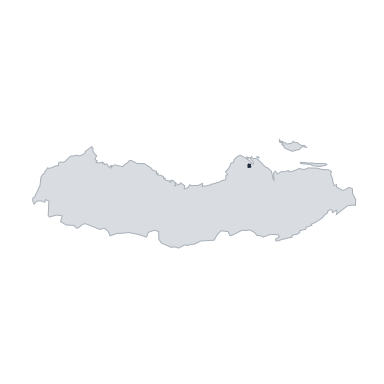 Upplands Väsby, Stockholm, Sweden (highlighted), rotated 255°
{"feature_id": "70781695B23311697219676", "entity_name": "Upplands Väsby", "entity_type": "district", "adm_level": 2, "iso_a3": "SWE", "parent_name": "Sweden", "parent_adm1": "Stockholm", "projection": "albers", "projection_center": [17.909, 59.524], "detail": "fine", "context": "in_parent", "style": "filled", "palette": "slate", "viewbox_px": 384, "rotation_deg": 255, "n_neighbors": 0, "source": "geoboundaries", "source_scale": "gbopen_adm2", "svg_char_len": 4365}
<svg xmlns="http://www.w3.org/2000/svg" viewBox="0 0 384 384"><g transform="rotate(255 192 192)"><path d="M125.3,261.6L126.0,264.6L128.1,264.4L129.1,262.3L130.7,256.2L130.0,249.1L132.0,246.9L133.5,243.2L136.3,242.3L140.3,238.2L141.0,233.6L142.1,230.4L139.9,220.0L139.9,217.4L144.5,216.5L147.0,209.9L144.2,205.3L139.7,200.8L142.4,188.0L141.0,180.8L141.6,177.9L141.6,173.3L142.9,171.5L141.3,164.7L143.8,160.3L143.7,157.9L150.7,149.1L155.0,147.7L162.5,149.6L164.6,146.1L164.8,144.1L164.3,139.4L160.2,136.4L165.3,128.4L169.3,120.4L170.4,112.6L171.4,109.3L170.9,101.5L175.6,100.9L179.9,97.9L179.5,93.7L188.8,81.1L189.2,78.8L188.6,76.6L186.6,72.6L187.2,70.8L189.6,69.8L190.8,68.1L192.6,62.0L197.4,57.4L202.6,60.5L204.8,55.2L204.7,47.8L206.5,47.0L220.3,51.4L222.5,48.6L220.2,47.2L222.4,44.1L223.0,42.3L223.2,40.1L223.0,39.0L221.1,36.3L225.3,35.8L227.7,37.0L227.9,38.6L237.6,46.9L245.2,49.8L247.5,52.1L248.4,54.8L249.6,54.9L251.2,57.3L252.7,58.6L251.7,60.5L252.0,64.6L252.5,66.4L252.1,69.9L254.6,70.6L255.2,72.7L254.0,74.9L254.4,77.3L258.2,84.2L257.5,86.7L257.5,89.7L256.2,92.0L256.1,94.3L256.6,97.2L257.2,98.5L258.8,99.4L261.8,107.0L259.4,107.7L257.4,106.8L253.0,108.2L252.0,109.4L248.4,106.6L246.5,108.5L245.1,107.0L244.2,109.6L244.1,113.1L242.5,112.9L243.2,114.2L241.0,114.8L240.9,115.4L241.4,116.2L240.8,117.3L237.8,117.9L237.4,119.0L238.4,120.3L238.4,121.2L236.4,120.0L237.8,122.5L238.2,124.3L234.3,131.8L235.8,133.6L237.2,137.7L238.5,139.5L238.1,141.5L233.8,146.3L231.6,153.5L226.0,158.5L223.1,159.7L221.2,163.2L218.9,162.2L218.9,164.1L217.4,163.0L216.3,166.0L214.2,168.5L211.9,168.1L211.7,168.6L212.4,169.3L209.8,170.0L209.0,172.6L207.1,173.3L206.7,174.2L208.7,174.3L208.3,176.5L206.1,177.6L205.3,178.9L204.3,178.9L204.5,177.9L203.0,177.9L202.5,176.7L202.2,177.0L203.2,180.5L202.4,181.9L203.9,183.3L199.7,186.7L197.2,185.4L196.9,186.4L197.4,189.4L199.6,191.7L198.2,193.3L196.7,200.1L197.7,204.3L194.7,203.4L194.9,205.0L194.0,206.8L194.3,209.5L194.0,211.3L194.7,212.9L194.3,213.7L194.6,221.2L195.4,224.4L195.1,227.0L196.3,228.4L198.9,228.7L199.7,230.8L203.0,229.6L205.4,233.7L209.9,237.3L209.7,239.6L212.6,241.3L214.3,244.4L215.0,247.0L214.8,248.6L210.3,253.1L206.8,256.1L203.2,257.9L203.3,258.6L205.1,258.9L209.5,256.8L210.8,258.6L208.5,259.5L208.0,262.0L207.0,263.7L197.1,269.4L195.8,271.2L191.4,274.1L183.4,273.7L182.2,274.3L189.1,275.6L190.6,277.8L187.3,279.1L188.7,284.2L187.8,285.4L187.7,291.0L186.4,291.1L185.9,293.4L186.4,299.0L186.9,300.6L186.7,302.2L184.6,306.0L185.2,310.5L182.8,318.7L180.1,323.4L178.0,329.8L175.7,332.0L173.2,330.5L169.3,331.1L162.3,330.6L161.4,331.2L161.9,333.5L159.3,333.0L154.7,337.8L154.4,340.1L155.9,344.9L153.6,347.8L148.8,346.7L142.3,348.2L136.7,346.3L137.6,344.7L138.5,338.7L133.0,325.7L135.9,327.2L137.1,326.7L135.6,322.5L138.2,322.4L139.1,321.0L138.8,318.6L136.8,317.4L135.2,313.6L133.5,311.6L130.8,303.9L130.0,298.8L128.8,299.1L128.3,293.2L126.6,292.2L126.8,286.3L125.0,285.5L124.0,282.7L124.3,277.6L122.2,276.7L122.7,274.3L122.8,265.2L122.4,262.4L123.2,260.4L124.4,260.3L125.3,261.6ZM216.8,292.9L215.8,293.4L215.3,295.1L213.7,295.9L213.4,301.1L214.9,303.0L213.4,303.9L212.4,306.6L209.6,308.5L208.5,310.2L207.9,312.7L205.5,314.1L207.2,310.3L205.0,306.0L205.5,304.4L205.3,299.4L210.2,293.1L212.5,292.3L213.5,293.0L213.9,291.4L214.6,291.1L216.8,292.9ZM184.8,328.4L183.6,329.4L183.2,327.9L183.5,322.0L186.4,314.9L187.6,314.4L191.1,304.9L191.5,304.2L192.7,304.8L191.8,305.7L191.8,307.4L189.6,312.5L189.0,315.8L188.2,316.6L184.8,328.4ZM217.8,290.9L217.6,292.3L216.3,291.2L217.5,289.5L219.9,289.9L217.8,290.9ZM211.7,253.8L210.3,256.1L210.0,255.1L210.3,254.0L211.7,253.8ZM208.5,265.5L207.7,265.7L208.3,264.1L209.3,263.7L208.5,265.5Z" fill="#d9dde1" stroke="#a8b0b8" stroke-width="1"/><path d="M201.2,254.5L201.3,254.5L201.5,254.6L201.7,254.8L201.6,255.1L201.8,255.1L202.0,255.0L202.1,254.9L202.3,254.8L202.5,254.8L202.6,254.7L202.8,254.7L202.8,254.8L203.0,254.8L203.1,255.0L203.1,255.3L203.3,255.4L203.5,255.4L203.6,255.2L203.5,254.9L203.5,254.7L203.8,254.4L203.9,254.2L203.7,253.9L203.6,253.7L203.4,253.5L203.4,253.4L203.4,253.2L203.5,253.2L203.4,253.1L203.2,253.1L202.9,253.1L202.7,253.1L202.4,253.2L202.2,253.2L201.9,253.1L201.8,252.9L201.7,252.9L201.4,252.8L201.3,253.0L201.2,253.2L201.3,253.3L201.3,253.5L201.5,253.8L201.5,254.0L201.4,254.2L201.3,254.3L201.2,254.5Z" fill="#64748b" stroke="#1e293b" stroke-width="1.5"/></g></svg>